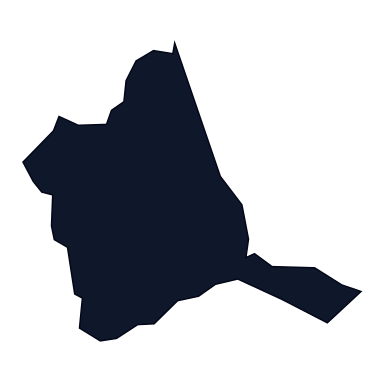 the district of Warren, Georgia, United States of America
{"feature_id": "52423323B82578708002026", "entity_name": "Warren", "entity_type": "district", "adm_level": 2, "iso_a3": "USA", "parent_name": "United States of America", "parent_adm1": "Georgia", "projection": "orthographic", "projection_center": [-82.674, 33.431], "detail": "fine", "context": "isolated", "style": "filled", "palette": "ink", "viewbox_px": 384, "rotation_deg": 0, "n_neighbors": 0, "source": "geoboundaries", "source_scale": "gbopen_adm2", "svg_char_len": 629}
<svg xmlns="http://www.w3.org/2000/svg" viewBox="0 0 384 384"><path d="M33.3,181.5L41.8,192.1L52.7,194.9L51.5,226.0L54.3,239.6L67.5,247.3L74.7,294.0L82.4,298.1L79.5,328.1L100.3,340.9L116.5,338.4L137.7,324.6L154.1,323.8L177.6,300.7L198.6,296.2L215.4,284.3L237.7,279.0L281.8,299.3L327.3,322.8L361.0,291.5L341.9,285.0L314.6,267.8L272.0,266.6L254.5,253.7L245.9,257.6L248.5,239.2L243.1,211.0L241.9,204.8L220.3,176.4L204.2,129.3L174.7,43.1L172.8,53.7L153.5,50.6L136.1,60.9L126.1,80.6L123.9,101.7L111.5,110.3L106.5,124.4L78.3,125.3L59.0,116.5L53.5,130.8L23.0,162.1L33.3,181.5Z" fill="#0f172a" stroke="#020617" stroke-width="1.5"/></svg>